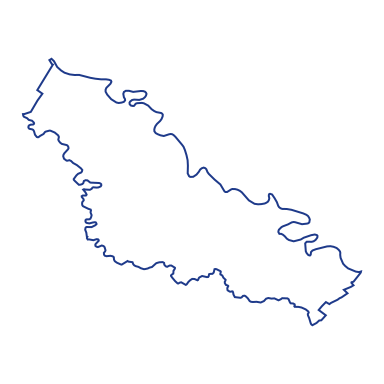 the district of Prisacani, Iasi, Romania
{"feature_id": "2599482B74582791641671", "entity_name": "Prisacani", "entity_type": "district", "adm_level": 2, "iso_a3": "ROU", "parent_name": "Romania", "parent_adm1": "Iasi", "projection": "natural_earth1", "projection_center": [27.89, 47.067], "detail": "fine", "context": "isolated", "style": "outline", "palette": "blue", "viewbox_px": 384, "rotation_deg": 0, "n_neighbors": 0, "source": "geoboundaries", "source_scale": "gbopen_adm2", "svg_char_len": 5930}
<svg xmlns="http://www.w3.org/2000/svg" viewBox="0 0 384 384"><path d="M361.0,271.5L359.0,272.1L355.8,271.6L348.1,268.4L345.1,265.9L343.1,263.7L340.6,257.9L340.2,254.9L340.3,252.8L340.0,251.5L338.7,249.8L336.6,248.0L333.6,246.8L330.4,246.2L327.1,246.4L315.9,249.2L312.5,250.5L311.0,252.1L310.7,254.7L309.9,255.5L308.4,255.1L306.7,253.2L305.8,251.3L305.2,243.4L305.9,242.5L306.9,241.7L311.7,241.8L313.6,241.3L315.6,239.9L317.3,237.6L317.5,235.9L316.9,235.1L314.8,234.5L311.1,235.2L303.8,237.7L300.8,239.5L293.7,241.3L288.9,240.0L286.9,238.7L284.7,236.2L282.9,234.7L281.3,233.9L279.4,233.9L278.4,232.1L278.4,231.2L278.9,229.7L281.5,227.1L283.0,226.3L288.0,224.4L291.7,222.4L293.5,222.0L295.1,222.2L302.0,224.2L307.1,223.6L308.4,223.2L309.3,222.3L309.8,219.5L309.2,217.9L308.1,216.1L306.4,214.8L303.2,213.4L291.5,209.8L286.8,209.0L282.2,208.9L280.6,208.3L279.1,207.2L278.2,205.8L276.9,202.2L274.6,198.2L272.1,194.5L270.0,193.8L269.2,194.1L268.9,194.8L268.8,196.0L269.3,198.3L268.8,200.2L267.9,201.7L266.4,202.7L264.7,203.5L261.3,204.1L258.1,204.3L254.5,203.8L248.9,200.4L241.8,192.3L239.8,190.8L237.5,189.7L235.2,189.1L232.3,189.0L231.2,189.4L227.1,192.0L225.4,192.0L224.5,191.4L220.4,184.5L214.6,179.6L208.8,173.9L207.5,172.1L206.3,169.2L205.3,168.2L203.7,167.6L201.7,168.3L200.1,169.6L198.9,171.7L196.5,174.6L193.2,176.8L190.2,176.9L189.1,176.2L187.7,173.4L187.9,165.7L187.6,160.2L186.5,155.2L184.9,150.0L183.5,146.7L182.0,144.7L175.4,136.8L173.5,135.0L172.1,134.2L170.7,134.0L169.0,134.3L163.8,136.0L160.4,135.3L157.7,134.2L155.7,133.1L154.4,131.3L154.3,129.4L154.8,127.5L155.6,125.8L157.0,123.9L160.1,121.0L161.5,119.1L162.6,116.5L162.8,114.7L162.2,113.7L161.1,113.0L156.4,112.1L154.3,111.1L151.6,109.2L148.2,105.6L143.9,103.3L141.9,102.9L137.1,103.2L135.7,103.7L134.1,105.8L133.1,106.0L131.0,105.6L129.7,104.3L129.5,102.7L130.1,101.6L132.1,100.0L134.1,99.6L139.3,99.9L143.2,98.7L145.0,97.1L146.0,95.6L146.5,93.9L146.0,92.7L145.0,91.7L143.3,91.1L140.8,91.0L133.2,91.9L129.0,90.8L125.8,90.8L123.9,92.0L123.3,93.9L123.9,97.2L125.0,99.1L125.1,100.4L123.8,101.9L121.5,102.6L118.7,103.0L116.4,102.5L111.2,99.2L107.2,94.6L105.6,91.7L105.6,89.7L106.4,87.8L110.5,83.7L111.4,81.8L111.0,80.6L109.1,79.8L105.8,79.3L100.8,79.3L95.3,78.7L90.3,77.8L79.1,74.9L74.6,75.0L69.7,74.4L64.5,72.7L61.1,70.5L57.2,67.0L54.0,61.2L51.5,58.8L49.4,60.1L51.9,64.1L52.9,64.6L37.3,90.1L42.4,93.7L37.5,100.5L30.8,111.9L24.5,114.0L23.0,114.1L23.3,115.8L24.0,116.8L27.1,118.2L28.8,119.9L32.0,120.7L33.8,122.5L34.1,123.2L33.8,124.1L33.2,124.5L30.6,124.7L29.2,125.3L28.5,126.2L28.4,127.5L28.8,128.3L29.4,128.8L32.3,129.4L33.2,129.9L34.0,131.2L35.0,134.7L36.8,137.0L38.0,137.3L39.0,136.8L40.1,135.9L43.5,134.0L44.9,132.1L45.7,131.6L49.5,130.6L50.5,130.7L54.7,132.5L58.2,135.4L58.9,137.0L58.3,139.6L58.7,140.7L60.1,142.6L61.8,143.9L66.8,145.1L67.6,145.7L68.4,147.1L68.5,148.4L68.0,149.3L64.4,153.2L63.5,154.7L63.2,156.2L64.0,158.7L66.5,160.6L67.4,160.7L69.4,160.2L71.1,161.0L73.1,163.0L76.9,165.1L81.0,168.4L82.3,170.0L81.9,171.6L81.0,172.6L78.1,173.8L76.4,175.4L73.7,179.1L73.8,179.8L74.9,181.0L78.9,184.8L80.7,184.6L82.4,184.0L83.3,183.1L83.9,181.0L85.6,180.2L87.5,180.4L90.3,182.6L99.1,183.0L100.5,183.5L101.2,184.2L101.3,185.4L100.7,186.4L98.5,187.4L96.8,187.6L93.2,187.3L92.4,187.7L91.7,188.8L89.9,189.8L84.9,189.5L84.0,189.2L83.2,189.6L85.4,192.3L86.3,193.9L86.6,194.7L85.9,195.5L82.8,195.5L81.7,196.2L81.8,197.0L83.5,199.1L83.7,199.8L83.7,200.4L82.3,202.1L82.1,203.1L82.2,204.9L82.8,206.0L83.4,206.4L88.3,208.8L90.7,209.6L91.0,210.6L90.6,211.8L90.6,212.7L91.6,215.1L91.2,216.9L90.4,218.7L89.3,219.3L86.3,219.4L85.5,220.2L85.5,221.7L86.0,222.5L87.0,223.0L89.4,223.4L92.8,222.5L95.0,222.2L95.9,222.5L96.5,223.7L96.5,224.2L95.2,225.3L91.6,227.1L86.6,227.0L86.1,227.2L85.5,227.9L85.2,229.8L86.3,232.6L86.8,236.3L87.4,236.8L87.0,237.3L86.9,238.1L87.7,239.5L89.1,239.4L93.4,240.2L96.5,239.2L98.0,239.3L98.7,240.1L98.7,240.8L95.6,244.0L95.3,244.9L95.5,246.0L96.5,246.7L97.9,247.1L101.8,245.5L103.6,246.1L104.6,247.2L105.5,250.3L105.1,251.4L103.9,252.8L104.0,254.4L104.3,255.1L104.8,255.7L106.5,256.2L110.4,255.8L112.7,256.3L113.8,257.2L114.0,259.6L114.8,261.2L116.9,262.7L120.7,264.4L121.7,264.6L127.6,261.0L128.4,261.6L132.5,262.2L133.3,264.3L134.2,265.3L135.6,266.1L138.5,266.9L140.8,268.2L143.6,269.1L144.9,269.1L147.7,268.5L149.6,267.6L152.0,267.0L156.1,263.3L156.8,263.0L159.3,262.3L162.7,262.1L164.1,262.9L164.3,264.7L165.7,266.3L167.1,266.8L169.7,265.5L171.3,265.5L174.9,267.7L174.9,268.6L173.5,270.8L173.3,273.6L171.5,274.8L171.0,275.5L171.0,275.9L172.1,277.5L175.1,281.1L177.6,283.4L178.3,283.5L179.6,282.7L181.2,282.3L185.8,284.9L186.7,284.3L188.4,281.9L190.2,280.2L192.2,278.9L194.5,279.0L197.5,280.3L198.1,279.9L198.7,278.3L199.3,277.5L202.1,276.0L206.9,277.1L208.1,277.0L208.6,276.4L209.1,274.2L210.1,273.9L212.5,273.8L213.7,272.6L214.5,269.2L215.4,269.0L216.5,269.2L220.5,271.2L220.8,271.8L220.3,273.9L220.4,274.4L222.3,275.5L223.4,277.7L225.6,279.8L225.4,280.7L224.8,281.7L224.8,283.0L225.9,284.9L227.7,285.5L228.2,285.9L228.2,286.4L227.4,287.7L227.3,288.8L227.6,290.3L229.7,291.6L230.9,291.7L232.1,291.3L232.7,291.5L233.1,292.5L233.5,294.6L234.8,297.1L240.5,297.8L241.6,297.4L243.0,295.9L244.6,295.7L245.6,296.2L247.8,298.3L249.7,301.1L251.0,301.8L252.9,302.0L256.5,301.8L260.7,302.5L263.9,301.1L266.1,298.7L268.3,298.0L271.5,298.6L274.4,298.4L278.5,300.3L280.7,299.3L282.2,298.2L287.5,298.4L288.6,299.2L289.8,302.1L290.6,303.3L293.2,303.5L294.6,304.3L294.8,305.2L294.3,306.2L294.7,306.8L298.5,306.9L301.5,307.5L305.7,309.4L308.3,311.5L308.7,312.6L307.8,314.1L308.0,315.4L309.2,318.2L310.7,323.2L311.3,324.4L312.4,325.2L316.5,323.0L319.2,320.5L321.3,320.3L325.8,315.3L318.7,310.0L321.8,306.3L325.9,302.1L329.4,304.1L331.0,302.9L337.6,299.7L339.6,298.2L341.5,297.4L347.5,293.3L343.9,289.8L350.9,286.9L353.5,285.3L351.4,282.8L351.6,282.2L352.6,282.1L353.7,281.5L360.3,273.2L360.8,272.4L361.0,271.5Z" fill="none" stroke="#1e3a8a" stroke-width="2"/></svg>